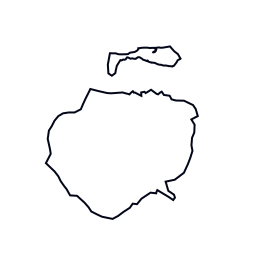 Nembe, Bayelsa, Nigeria, rotated 294°
{"feature_id": "59680162B49362321791702", "entity_name": "Nembe", "entity_type": "district", "adm_level": 2, "iso_a3": "NGA", "parent_name": "Nigeria", "parent_adm1": "Bayelsa", "projection": "orthographic", "projection_center": [6.44, 4.512], "detail": "fine", "context": "isolated", "style": "outline", "palette": "ink", "viewbox_px": 256, "rotation_deg": 294, "n_neighbors": 0, "source": "geoboundaries", "source_scale": "gbopen_adm2", "svg_char_len": 3787}
<svg xmlns="http://www.w3.org/2000/svg" viewBox="0 0 256 256"><g transform="rotate(294 128 128)"><path d="M42.9,102.5L45.3,109.0L42.1,118.7L39.5,124.3L36.8,128.4L36.5,134.4L36.4,137.9L36.4,140.5L38.7,150.9L43.6,154.7L49.7,158.1L55.8,162.1L60.8,163.1L62.1,167.2L69.0,169.1L78.1,174.9L79.8,180.3L81.1,180.0L83.2,180.0L81.6,193.0L80.6,198.6L83.5,199.2L85.8,197.1L87.0,190.4L94.3,184.2L99.7,191.7L105.1,194.7L106.4,195.4L109.8,197.3L119.0,197.4L125.6,197.1L133.3,196.2L138.0,193.0L145.1,190.5L150.8,190.4L158.1,187.5L161.6,182.4L167.3,186.9L172.8,182.2L175.4,178.1L175.7,168.0L172.6,160.6L171.9,156.1L174.4,152.9L172.8,147.4L174.9,144.0L173.4,142.9L171.0,141.8L170.8,140.3L172.3,133.5L168.3,130.8L167.1,129.9L167.8,128.4L165.9,125.6L162.8,127.1L163.2,119.7L162.7,119.0L163.0,118.2L163.5,117.8L163.6,117.5L163.1,117.2L160.8,116.1L159.3,115.7L159.2,114.6L158.5,110.5L158.3,108.7L153.0,98.8L152.6,97.8L151.9,96.0L151.4,94.5L149.8,86.4L148.3,77.7L146.4,77.7L138.1,77.3L131.5,77.2L125.9,77.3L120.5,72.9L118.0,67.4L117.8,67.1L114.9,62.6L112.0,60.6L111.8,60.4L110.5,59.5L105.1,58.0L104.8,57.9L98.8,57.6L95.4,57.1L93.5,56.8L85.4,59.1L77.4,65.0L74.4,67.0L72.9,67.9L62.5,67.3L58.4,78.7L55.6,83.9L52.1,88.1L49.2,92.9L47.2,96.7L42.9,102.5ZM219.6,133.2L215.6,127.2L214.7,125.5L214.1,123.3L212.6,120.9L211.9,119.5L211.9,120.6L211.9,121.0L211.7,121.5L211.4,121.7L211.3,121.9L209.5,122.0L209.2,121.9L209.0,121.7L208.6,121.6L208.2,121.5L208.1,121.3L207.9,120.8L207.8,120.7L207.5,120.6L207.4,120.4L207.4,120.2L207.7,120.2L207.9,120.3L208.1,120.4L208.2,120.6L208.3,120.7L208.5,121.0L209.1,121.3L209.4,121.5L209.6,121.6L211.2,121.6L211.3,121.5L211.4,121.3L211.5,121.1L211.7,118.9L210.8,117.0L210.0,115.6L209.3,113.1L207.3,108.7L205.0,104.9L204.1,105.4L202.2,104.7L200.1,103.1L197.7,99.3L195.5,97.9L194.5,96.1L191.9,90.4L191.3,88.3L191.3,86.6L188.9,81.1L177.7,83.8L169.9,87.9L169.2,92.0L173.0,94.1L176.1,93.3L180.3,92.5L186.8,93.4L187.0,93.6L186.9,93.9L186.9,94.0L187.0,94.4L187.1,94.5L187.3,94.8L187.5,94.9L187.8,95.1L187.9,95.3L188.2,95.4L188.3,95.6L188.6,95.8L188.7,96.1L188.8,96.6L189.0,97.1L189.1,97.3L189.3,97.5L189.5,97.6L189.7,97.8L189.9,97.9L190.0,98.0L191.9,98.3L192.1,98.4L192.2,98.7L192.3,98.9L192.4,99.3L192.4,100.6L192.3,101.8L192.3,102.1L192.6,102.4L192.7,102.6L192.8,102.7L193.0,103.0L193.3,103.6L193.5,104.0L193.5,104.3L193.6,104.8L193.7,105.4L193.9,105.9L194.0,106.2L194.1,106.5L194.3,106.7L194.5,106.8L194.6,107.1L194.9,107.2L195.2,107.4L195.3,107.5L195.5,107.6L195.8,107.7L196.1,107.9L196.4,108.1L196.7,108.4L196.8,108.7L197.0,108.9L197.1,109.2L197.2,109.4L197.3,109.8L197.3,110.3L197.2,110.7L197.1,111.6L197.0,112.5L196.8,113.1L196.7,113.3L196.6,113.6L196.6,113.8L196.6,114.2L196.7,115.5L196.8,116.2L196.8,117.9L197.1,117.9L197.2,118.0L197.3,118.1L197.5,118.2L197.5,118.8L197.3,119.1L197.1,119.4L197.0,119.7L197.0,120.8L197.0,121.0L197.1,121.6L197.2,121.9L197.2,122.4L197.3,122.4L197.5,122.9L197.6,123.5L197.7,123.9L197.9,124.5L198.0,125.0L198.3,125.6L198.4,126.1L198.4,126.9L198.3,127.4L198.3,127.7L198.3,127.8L198.3,129.2L198.4,129.6L198.4,129.8L198.5,130.4L198.6,130.9L198.8,131.3L198.9,131.6L199.0,132.0L199.3,132.7L199.3,132.9L199.3,133.8L199.4,134.3L199.5,135.1L199.7,135.3L199.8,135.7L199.9,136.0L200.1,136.2L200.2,136.4L200.3,136.9L200.4,137.0L200.6,137.5L200.7,137.9L200.8,138.6L201.0,139.3L201.1,139.9L201.2,140.4L201.4,140.8L201.5,140.9L201.6,141.3L201.7,141.8L201.9,142.3L202.0,142.7L202.1,143.0L202.3,143.1L202.4,143.4L202.4,143.5L202.5,143.5L202.8,143.7L202.9,144.0L203.0,144.1L203.2,144.4L203.5,144.5L203.9,144.8L204.6,144.9L205.1,145.0L205.7,145.2L206.1,145.3L206.8,145.4L207.3,145.6L208.2,145.7L209.6,145.8L210.0,145.8L210.8,146.4L211.8,147.1L212.1,147.5L212.7,147.8L215.8,143.5L216.9,139.0L218.3,135.9L219.6,133.2Z" fill="none" stroke="#020617" stroke-width="2"/></g></svg>